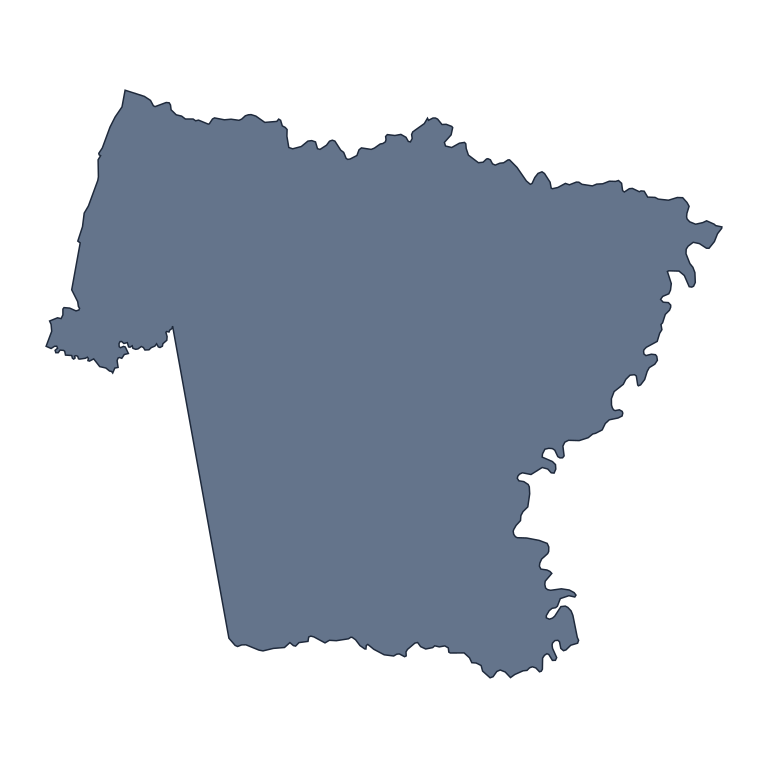 the district of San Carlos De Guaroa, Meta, Colombia
{"feature_id": "7082276B46301528303112", "entity_name": "San Carlos De Guaroa", "entity_type": "district", "adm_level": 2, "iso_a3": "COL", "parent_name": "Colombia", "parent_adm1": "Meta", "projection": "robinson", "projection_center": [-73.244, 3.837], "detail": "fine", "context": "isolated", "style": "filled", "palette": "slate", "viewbox_px": 768, "rotation_deg": 0, "n_neighbors": 0, "source": "geoboundaries", "source_scale": "gbopen_adm2", "svg_char_len": 6076}
<svg xmlns="http://www.w3.org/2000/svg" viewBox="0 0 768 768"><path d="M51.1,348.5L54.5,346.3L56.7,346.2L57.6,348.2L55.1,350.3L55.8,352.7L58.2,352.7L60.1,350.1L63.6,350.4L64.7,351.3L65.5,355.1L71.7,355.5L72.4,358.2L73.7,359.1L75.1,358.0L74.5,356.2L76.0,355.6L77.7,356.3L78.5,358.8L79.6,359.1L85.3,358.3L87.4,357.2L88.4,358.5L87.9,360.6L89.5,361.1L93.7,358.9L99.7,366.6L105.8,368.0L109.5,371.0L111.6,371.5L112.7,373.0L114.8,368.1L118.1,367.4L117.1,360.6L118.1,358.0L119.4,357.5L121.8,358.3L124.3,354.5L128.4,353.5L125.3,347.0L123.5,346.4L120.5,347.7L119.2,346.7L119.0,343.7L120.0,341.6L121.6,341.5L123.9,343.5L127.3,342.6L128.6,346.9L130.0,347.2L132.2,345.8L132.9,348.3L135.6,349.3L138.0,348.9L141.3,346.5L143.4,347.5L144.9,350.0L149.0,349.8L151.3,347.6L154.9,346.1L156.6,343.8L158.3,346.9L160.0,347.5L162.4,346.2L162.9,343.7L166.8,340.3L167.1,336.6L165.9,332.3L166.6,331.5L169.0,332.0L169.7,330.2L172.0,328.5L172.6,326.1L228.9,638.2L235.1,645.4L237.6,646.5L241.7,644.9L245.9,644.8L258.9,650.1L263.0,650.9L273.4,648.4L284.5,647.5L289.9,642.6L293.4,645.6L295.6,646.1L299.0,642.6L308.0,641.4L308.7,637.0L310.8,636.1L313.9,636.9L325.0,642.9L329.4,640.3L336.3,640.7L348.5,638.8L350.7,637.3L352.1,637.3L355.6,639.8L360.0,645.6L364.7,648.9L365.9,649.0L366.3,645.5L367.8,644.4L373.8,649.3L384.2,654.8L393.7,656.0L396.7,654.2L399.3,653.9L404.6,656.7L406.2,655.9L406.0,651.9L407.5,649.4L414.9,643.1L417.6,642.5L420.6,646.6L425.7,649.0L432.7,647.6L434.7,645.8L439.3,646.9L444.8,645.9L448.3,647.9L448.8,652.1L450.3,653.0L464.1,652.9L469.5,657.8L471.8,662.7L476.1,663.0L481.1,665.5L482.6,671.1L490.1,677.8L493.1,676.7L496.8,671.5L500.2,670.0L505.2,672.0L510.5,677.6L514.8,674.5L523.1,670.8L527.0,670.4L529.6,667.8L532.4,666.8L535.8,667.9L539.5,671.8L541.3,671.2L542.4,669.2L542.6,658.1L544.5,655.3L546.9,653.7L548.8,654.5L552.4,660.4L555.4,660.3L556.7,657.6L552.5,648.3L552.1,645.1L552.5,643.1L554.8,640.6L557.9,640.3L559.5,641.8L560.8,648.4L563.5,650.7L566.0,649.9L570.8,645.2L577.6,643.2L578.6,640.3L577.3,637.4L572.9,615.4L571.1,610.9L567.8,607.4L565.3,606.1L560.9,606.6L554.7,616.2L552.5,618.1L549.3,619.2L546.3,617.8L546.3,615.6L549.2,610.7L552.1,608.3L555.6,607.7L557.4,606.2L560.3,598.6L568.9,595.7L574.8,597.0L576.0,595.1L574.1,592.6L569.3,590.0L561.4,588.8L550.6,590.3L547.5,589.6L545.6,588.0L544.8,584.4L545.2,581.2L551.8,573.4L549.9,571.4L547.0,570.0L540.9,569.1L539.4,566.2L539.8,563.1L541.7,559.0L547.7,553.6L548.7,551.4L548.8,547.0L547.2,543.4L539.2,540.4L526.7,538.0L517.2,537.7L515.4,536.7L513.7,534.3L513.2,531.3L513.7,529.6L516.1,525.4L520.5,520.6L520.9,515.6L523.0,511.6L527.8,506.9L529.7,493.8L529.3,486.9L528.2,484.5L523.8,481.6L518.9,480.8L517.3,478.4L517.8,476.2L519.5,474.2L522.4,472.8L531.0,474.5L542.2,467.5L547.7,469.0L551.2,472.8L554.1,473.1L555.8,469.1L555.5,464.6L552.5,461.6L542.2,457.1L542.5,453.9L544.9,449.2L548.8,448.3L552.4,448.6L554.8,450.2L557.8,456.6L560.0,457.9L562.6,457.8L564.1,455.9L562.9,446.1L564.8,442.2L568.5,440.3L579.2,440.6L588.2,437.7L592.7,434.0L595.6,433.3L602.2,429.9L605.3,423.5L609.3,419.8L618.1,418.0L622.1,416.0L622.8,413.1L622.2,411.4L619.4,409.8L615.1,410.6L613.5,409.8L612.3,407.7L611.5,405.1L611.4,398.7L614.1,391.6L623.3,384.3L625.8,379.4L630.0,375.2L634.5,374.7L636.3,376.0L637.7,385.0L638.4,385.8L640.6,384.9L644.7,379.5L647.2,371.4L649.3,367.6L654.8,364.2L657.4,360.3L656.8,356.4L655.5,354.7L651.3,354.2L645.9,355.6L643.9,353.9L643.6,351.2L644.0,349.7L646.3,347.3L657.2,341.4L659.7,333.2L661.9,329.7L661.0,324.5L662.6,322.8L665.3,314.4L669.5,310.2L670.7,307.2L670.7,305.1L668.4,302.6L663.2,302.2L660.6,299.4L662.7,296.4L668.8,293.8L670.5,290.1L671.3,283.6L667.4,271.5L668.8,270.8L679.0,271.1L684.3,275.5L689.2,286.7L691.8,287.1L693.6,286.2L695.3,282.5L694.9,272.6L692.9,267.3L689.9,263.6L686.0,253.7L686.2,249.2L688.1,246.2L693.2,242.3L699.4,243.6L706.4,248.2L709.0,248.3L714.4,241.6L717.5,233.8L721.7,228.3L721.9,226.9L715.7,225.6L714.2,224.2L706.6,220.8L702.8,222.6L695.6,224.2L689.7,221.8L687.1,219.0L686.6,216.9L686.9,213.4L689.1,206.3L687.0,202.5L682.7,197.7L677.3,197.5L668.5,200.2L658.3,199.1L655.1,197.4L647.7,197.1L644.2,191.2L641.0,190.9L639.3,191.7L632.4,188.4L629.3,188.7L624.3,192.0L622.6,190.6L621.6,183.3L618.5,180.5L615.6,181.4L609.3,181.2L602.7,183.8L596.7,184.1L592.4,185.9L581.9,184.3L578.9,182.2L576.3,182.1L569.4,184.8L565.4,183.4L557.8,187.5L552.4,188.7L551.2,188.1L550.1,182.2L544.5,173.5L542.0,171.8L538.0,173.4L534.8,177.5L532.1,183.4L530.3,184.3L526.4,181.0L517.0,167.4L509.6,159.9L508.0,159.9L503.6,162.8L499.8,163.2L495.2,165.1L492.5,163.8L490.4,159.8L487.9,158.7L486.5,159.0L483.1,162.2L478.4,162.7L468.4,155.1L466.2,148.5L465.8,143.8L464.5,142.4L459.4,143.2L451.7,147.5L445.5,146.0L444.4,142.4L451.1,134.9L452.7,127.6L451.7,126.4L446.2,124.3L442.0,124.5L437.6,119.1L435.4,118.0L433.0,118.0L428.5,120.3L427.5,118.2L424.3,123.6L412.8,131.8L411.6,134.5L412.2,138.5L410.4,141.9L408.3,141.4L406.0,137.3L400.9,134.4L394.9,135.5L387.3,134.6L385.6,136.5L386.0,139.5L385.4,141.8L382.9,143.5L380.2,144.0L374.4,148.1L371.2,149.4L361.4,147.9L359.0,149.8L356.9,155.5L350.1,159.0L347.7,159.4L346.1,158.3L343.7,152.4L340.7,150.1L334.9,141.1L332.3,140.2L329.5,141.2L326.5,145.2L320.0,149.4L317.5,148.7L315.5,141.9L311.7,140.6L307.9,141.1L301.3,146.5L292.7,148.8L288.8,147.5L286.9,136.2L287.1,129.5L285.2,127.4L282.3,125.9L280.6,120.3L278.7,119.1L276.8,121.4L264.8,122.4L255.9,116.1L251.1,114.6L248.3,114.8L245.3,115.8L241.7,119.1L239.0,120.3L231.1,119.2L224.4,119.8L214.5,117.9L212.5,119.0L209.3,123.8L208.2,124.1L198.5,120.1L195.6,120.8L193.1,119.0L185.4,119.0L181.6,116.1L176.2,114.8L171.1,109.8L170.5,105.0L169.2,102.8L166.2,102.5L155.1,106.6L153.4,105.8L150.5,100.4L144.4,96.4L125.1,90.2L122.0,106.9L115.1,117.0L110.0,127.1L102.3,148.0L98.8,153.3L99.1,154.8L100.6,155.7L98.1,159.8L98.4,176.9L97.8,180.4L88.4,206.0L84.2,213.1L82.5,226.7L77.8,241.1L80.2,242.9L71.7,289.8L77.7,301.7L78.4,306.5L79.6,308.3L78.9,310.0L76.0,310.9L69.7,308.1L64.0,307.6L62.9,309.1L62.9,314.9L61.1,318.6L57.5,317.8L49.6,321.0L51.1,324.4L51.7,331.3L46.1,346.3L51.1,348.5Z" fill="#64748b" stroke="#1e293b" stroke-width="1.5"/></svg>